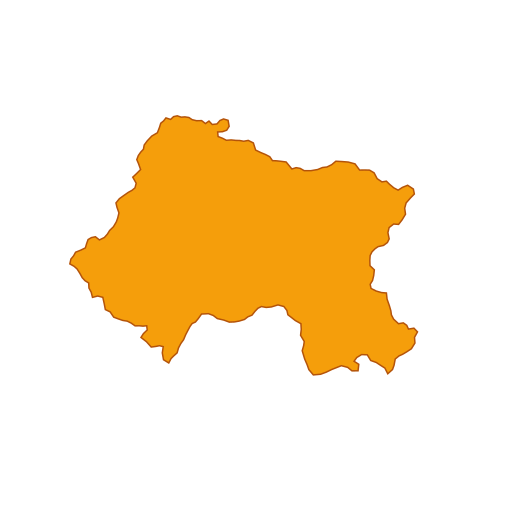 outline of Guaraciaba, Minas Gerais, Brazil, rotated 334°
{"feature_id": "56859067B49687475462588", "entity_name": "Guaraciaba", "entity_type": "district", "adm_level": 2, "iso_a3": "BRA", "parent_name": "Brazil", "parent_adm1": "Minas Gerais", "projection": "robinson", "projection_center": [-43.021, -20.563], "detail": "fine", "context": "isolated", "style": "filled", "palette": "amber", "viewbox_px": 512, "rotation_deg": 334, "n_neighbors": 0, "source": "geoboundaries", "source_scale": "gbopen_adm2", "svg_char_len": 3134}
<svg xmlns="http://www.w3.org/2000/svg" viewBox="0 0 512 512"><g transform="rotate(334 256 256)"><path d="M214.9,102.5L208.8,104.8L204.2,107.2L201.6,110.7L197.9,112.1L194.3,114.1L191.1,117.1L190.9,121.3L190.2,127.7L184.7,129.6L179.8,131.1L180.2,138.1L177.1,141.7L173.4,142.6L169.2,142.8L163.5,143.7L158.3,144.6L153.4,146.9L152.4,151.3L151.7,157.2L148.4,161.2L145.4,164.1L140.7,167.2L135.6,168.9L132.0,171.2L127.8,172.9L122.3,172.9L120.1,168.3L116.1,167.3L112.3,167.6L109.2,170.6L106.2,173.9L101.0,173.9L95.5,173.5L92.1,175.9L88.3,177.6L85.2,181.5L87.9,185.4L89.5,189.2L90.1,194.6L90.3,199.3L91.5,203.3L93.8,206.9L91.8,211.6L92.0,216.3L90.9,221.5L96.2,222.6L100.2,226.0L98.7,232.2L97.1,238.1L100.4,242.3L101.3,248.6L104.5,252.0L108.0,255.5L111.7,258.1L114.4,261.6L116.7,265.8L120.4,267.5L123.7,269.5L127.2,270.8L125.8,274.8L120.8,276.4L116.9,278.8L120.0,285.1L121.9,291.9L126.4,293.4L129.9,294.3L132.9,296.8L129.3,302.0L127.4,308.7L130.7,313.9L134.6,311.0L138.0,309.8L142.6,308.5L146.1,304.6L150.1,301.7L154.2,299.5L158.3,295.9L162.2,293.0L165.8,290.4L169.0,288.7L172.6,288.8L176.2,287.2L181.6,284.3L188.0,287.0L191.5,290.7L193.8,295.3L199.0,299.5L203.0,303.7L207.7,305.8L212.3,307.1L217.9,308.0L222.0,307.1L226.5,307.4L230.8,305.3L234.9,303.8L238.7,303.8L242.6,306.7L247.4,308.5L254.3,309.6L258.9,313.6L259.9,318.5L258.9,322.8L260.8,326.6L263.0,331.2L266.7,336.5L264.5,341.8L261.3,346.8L261.9,354.0L259.5,357.5L256.0,361.4L254.6,369.9L254.3,376.1L253.7,381.3L255.4,388.0L262.2,390.6L268.2,391.2L274.3,391.2L279.4,391.6L284.6,392.0L289.6,396.3L291.9,401.3L297.4,403.9L300.9,398.4L298.0,393.6L302.1,391.4L307.7,390.9L312.7,393.6L313.3,400.2L317.4,404.4L320.3,409.3L322.7,413.2L322.8,419.6L328.9,417.9L332.1,414.8L336.0,409.6L340.7,408.5L344.8,408.6L349.6,408.2L355.0,407.5L360.7,403.9L362.8,398.6L367.9,395.0L366.3,390.1L361.0,388.5L361.1,384.4L359.1,380.7L354.4,379.3L352.0,373.1L351.9,368.3L353.2,364.3L354.1,359.1L354.9,352.2L357.0,346.4L352.8,343.9L348.6,340.1L345.2,335.6L346.2,331.5L350.0,329.1L353.2,325.2L356.3,320.3L354.2,314.7L356.4,309.8L358.8,305.6L362.1,303.1L366.1,301.7L369.8,301.1L375.3,302.4L380.0,301.5L383.2,299.0L384.8,292.8L388.1,288.8L393.7,287.6L398.0,290.1L403.1,287.6L408.7,284.0L410.6,278.2L414.2,274.1L420.4,271.5L425.5,269.7L426.8,264.8L423.3,258.9L417.7,258.5L412.6,259.1L409.7,255.1L407.4,249.9L406.0,245.9L401.7,244.6L398.8,239.6L398.6,233.0L395.7,228.6L391.3,226.3L386.8,224.2L385.4,216.6L380.1,212.0L374.5,208.7L369.3,205.8L364.1,207.1L358.8,207.1L354.5,205.6L349.3,205.3L342.8,203.4L336.7,200.4L334.1,196.6L330.8,194.2L326.4,193.5L324.3,184.7L319.9,181.8L316.1,179.4L312.6,177.5L311.9,172.8L308.9,168.8L305.7,165.2L302.1,160.6L303.2,153.2L299.7,148.7L295.3,147.5L291.9,145.0L288.6,143.3L284.6,140.8L280.1,139.0L277.6,135.6L274.3,132.0L275.9,127.7L280.4,129.6L284.8,130.1L288.7,127.7L290.4,121.8L286.9,118.6L283.0,118.4L278.8,120.2L274.3,118.6L272.9,114.1L268.6,114.8L266.5,110.5L261.8,108.3L258.4,105.5L256.4,102.1L253.1,99.8L249.6,98.4L246.7,95.5L243.0,94.6L239.1,95.8L235.6,92.4L232.1,94.1L228.6,94.9L225.7,98.0L221.4,102.0L214.9,102.5Z" fill="#f59e0b" stroke="#b45309" stroke-width="1.5"/></g></svg>